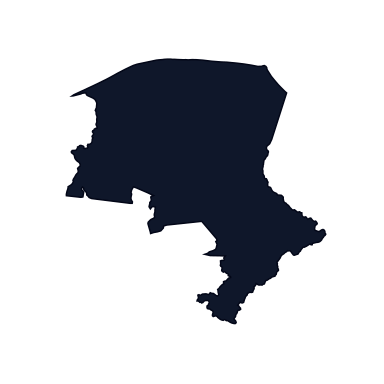 Linhares, Espírito Santo, Brazil (Albers equal-area conic projection), rotated 252°
{"feature_id": "56859067B26973485406883", "entity_name": "Linhares", "entity_type": "district", "adm_level": 2, "iso_a3": "BRA", "parent_name": "Brazil", "parent_adm1": "Espírito Santo", "projection": "albers", "projection_center": [-40.123, -19.341], "detail": "fine", "context": "isolated", "style": "filled", "palette": "ink", "viewbox_px": 384, "rotation_deg": 252, "n_neighbors": 0, "source": "geoboundaries", "source_scale": "gbopen_adm2", "svg_char_len": 5977}
<svg xmlns="http://www.w3.org/2000/svg" viewBox="0 0 384 384"><g transform="rotate(252 192 192)"><path d="M257.0,312.6L259.0,311.4L264.1,308.8L267.6,307.1L273.0,304.9L277.4,303.2L284.4,301.4L285.7,301.2L287.1,301.5L288.6,301.1L289.9,299.9L290.1,298.5L290.0,297.2L291.1,293.4L294.3,287.6L297.6,281.1L300.9,274.0L304.7,265.2L306.7,259.8L310.3,251.1L314.0,243.1L316.6,236.7L317.9,232.9L318.8,229.3L319.7,227.1L320.6,224.2L322.4,219.3L323.6,216.3L324.2,214.3L324.9,212.9L326.1,209.1L326.8,206.4L327.0,205.1L327.9,201.3L328.4,198.9L330.5,179.4L330.5,175.4L330.2,172.7L329.4,166.7L328.0,158.2L326.4,150.0L325.5,144.8L323.6,131.2L321.0,109.7L320.4,107.6L320.1,108.8L319.7,114.9L319.6,116.6L319.8,118.0L319.5,119.9L319.0,121.7L317.5,121.7L316.3,122.1L312.1,126.7L310.1,128.3L307.2,128.9L305.6,128.8L301.6,127.1L300.6,126.1L299.4,125.2L298.1,125.6L295.5,124.9L293.7,125.0L292.6,124.9L290.5,123.8L288.2,123.2L287.1,122.5L286.2,121.7L285.1,121.6L283.4,121.9L282.0,121.2L282.3,119.9L281.9,118.4L281.0,117.7L280.9,116.5L280.0,115.9L278.7,116.3L277.6,116.4L276.9,115.7L276.3,114.6L275.4,114.0L274.3,114.7L273.1,113.5L271.4,112.8L270.1,112.1L269.3,110.8L269.0,109.1L269.5,107.8L268.4,106.8L266.7,106.9L266.0,105.9L266.4,104.9L266.3,103.8L267.1,102.5L268.1,103.1L269.1,102.8L270.7,100.7L270.8,99.3L270.1,98.5L270.2,97.1L269.1,96.7L267.5,94.5L268.5,90.9L267.5,89.6L266.5,89.6L264.3,91.1L263.2,91.4L260.8,91.1L259.7,91.2L258.2,91.7L256.8,92.4L255.0,93.8L253.9,94.1L252.6,94.2L251.2,93.5L250.5,91.7L249.8,90.5L247.0,90.3L245.5,89.4L245.0,88.2L244.0,86.7L242.6,85.3L240.8,83.1L239.6,82.3L238.6,82.5L237.5,81.4L236.7,80.4L236.0,78.8L235.3,75.8L234.2,75.4L232.8,74.5L231.4,73.4L228.7,71.8L227.3,71.4L221.3,84.7L221.0,86.7L225.2,88.9L226.7,88.4L228.0,87.8L229.7,88.1L230.6,89.3L229.3,90.1L228.2,89.9L226.8,90.1L224.1,91.5L221.6,91.0L220.8,91.6L218.5,92.5L216.8,94.5L200.3,129.8L199.7,131.6L201.0,132.3L203.2,131.8L204.6,131.9L206.2,132.5L208.3,133.8L209.5,134.0L210.7,133.8L211.5,134.6L212.7,135.3L215.0,137.9L213.1,140.4L205.0,149.6L200.5,154.3L200.3,151.6L199.4,151.1L197.8,151.0L196.4,150.5L195.7,149.8L195.2,148.7L193.7,148.1L192.5,147.3L191.2,146.6L188.8,147.2L190.2,149.2L190.2,150.6L188.9,152.5L186.4,151.2L185.0,150.8L183.9,150.2L182.6,149.3L181.4,148.9L180.4,148.9L179.4,148.5L178.9,147.3L178.6,144.7L178.2,143.6L176.8,141.0L175.5,140.3L166.7,140.0L165.3,139.8L165.3,143.2L164.8,146.8L164.7,150.3L166.6,153.6L168.4,154.5L168.4,157.7L161.1,192.2L139.9,200.9L138.2,200.9L137.5,199.3L134.5,199.7L130.9,197.5L130.1,196.4L129.7,193.9L129.7,189.9L129.2,188.9L128.9,187.9L128.8,186.7L128.8,184.9L125.9,189.7L122.7,199.0L120.8,204.0L119.4,201.8L117.9,201.9L117.1,201.1L117.7,199.4L117.7,197.8L114.8,197.1L113.5,196.3L112.6,196.4L111.4,197.3L110.0,197.0L109.1,196.4L107.9,195.9L106.1,197.0L106.2,198.2L105.5,199.0L104.3,199.5L102.5,201.3L101.3,200.6L100.5,201.4L99.7,202.5L98.7,202.3L98.8,200.2L96.9,196.9L97.1,195.6L97.0,194.3L96.0,194.0L94.9,194.0L94.8,193.0L94.4,191.8L93.2,189.4L92.5,188.6L91.8,187.6L91.4,186.3L90.3,186.3L88.7,185.9L87.4,185.8L86.3,185.9L85.6,185.0L85.1,184.0L86.3,182.8L88.8,181.1L89.6,179.3L90.6,178.2L89.7,177.2L89.4,176.0L90.8,173.9L91.1,172.8L91.7,170.3L91.3,169.0L91.2,167.7L92.2,166.9L92.1,165.7L89.5,165.5L88.4,164.7L87.8,163.7L86.8,163.1L86.4,164.2L85.6,164.9L84.7,165.3L84.6,166.3L83.5,166.8L83.5,168.1L84.6,170.0L84.6,171.3L83.8,173.8L82.4,174.4L80.9,174.0L80.2,172.9L79.3,172.6L79.0,171.1L77.7,170.6L76.4,170.6L75.8,171.4L75.3,172.7L74.3,173.3L72.5,175.0L70.9,174.9L69.1,173.6L68.0,173.2L67.0,173.7L67.0,175.8L66.6,176.8L65.7,177.5L64.7,177.8L63.1,178.9L62.2,179.5L61.1,180.7L60.3,182.1L60.7,183.3L60.1,184.2L59.1,184.8L58.6,186.2L56.3,188.1L55.1,189.4L53.8,191.5L53.5,192.8L54.3,193.7L55.6,193.7L56.7,193.4L57.6,192.7L58.7,192.9L59.9,194.7L60.7,195.3L61.8,195.6L62.5,196.9L63.5,197.8L64.6,198.4L65.3,199.6L65.0,200.7L65.4,202.0L66.6,202.2L67.9,201.5L69.1,201.3L70.2,200.5L72.4,203.7L71.4,204.5L70.9,205.8L71.1,207.0L73.6,208.7L74.7,209.7L75.5,210.2L76.4,211.3L77.1,212.8L78.4,213.3L78.5,214.6L78.9,215.7L78.1,217.5L78.0,218.7L79.5,219.8L80.6,221.0L81.6,221.5L82.7,221.4L83.1,222.8L84.0,224.0L85.2,224.7L83.7,225.9L82.8,226.9L82.5,228.3L81.8,230.0L82.3,231.1L82.2,232.4L84.3,234.1L85.0,235.0L84.9,236.3L85.6,238.5L85.7,240.1L86.4,241.4L86.4,243.7L86.3,244.9L87.2,245.5L87.5,246.5L89.5,247.7L90.1,248.5L90.6,249.9L92.0,250.3L93.0,249.9L94.9,250.6L96.1,250.4L97.5,251.1L99.0,251.0L99.5,252.0L101.8,255.2L103.6,256.9L104.3,258.0L104.9,260.2L105.7,261.8L106.0,263.5L106.7,264.8L106.1,265.7L105.9,267.0L105.0,267.6L103.2,268.1L100.7,269.0L100.2,269.9L100.3,272.3L100.2,273.5L101.9,275.5L102.3,276.8L103.4,277.8L105.2,280.6L104.8,281.7L105.1,284.1L106.2,288.2L105.0,288.9L104.7,290.0L105.9,290.6L105.6,294.7L105.3,296.1L105.2,297.4L105.4,298.4L105.9,299.6L106.5,300.6L107.6,301.6L108.3,302.9L109.3,304.0L109.6,305.1L110.6,306.2L112.1,305.8L113.5,306.2L114.8,306.0L115.9,305.0L115.9,303.5L115.1,300.8L115.6,299.6L117.1,297.7L117.9,297.1L118.9,297.1L121.3,298.3L122.2,299.1L122.6,300.7L123.5,301.4L124.9,301.1L126.1,300.6L126.3,299.0L127.6,298.0L130.5,296.9L130.7,295.4L130.2,293.8L131.3,293.2L132.7,292.9L133.5,291.9L132.9,290.9L133.9,290.1L135.5,289.3L138.3,290.0L138.9,288.6L139.9,288.4L140.2,286.1L143.4,284.0L143.7,282.1L144.8,281.4L145.8,281.0L146.6,280.5L149.4,279.6L150.8,278.5L152.3,277.9L153.3,276.8L154.6,276.3L157.6,276.7L158.9,277.2L160.2,276.6L161.3,275.9L162.8,272.3L164.3,272.1L166.3,269.9L167.4,269.0L168.8,268.5L171.9,268.1L172.7,267.4L173.1,266.3L174.1,265.9L175.5,266.2L176.9,266.7L177.9,267.4L178.7,266.9L180.1,267.1L181.6,266.8L182.2,265.4L183.4,265.3L185.0,265.6L186.5,265.2L187.6,265.1L190.3,266.0L191.4,266.0L192.4,266.3L194.3,267.5L195.5,267.9L196.5,268.7L197.4,268.9L198.5,269.6L199.8,270.0L201.0,272.0L202.0,272.9L202.7,273.8L203.2,275.0L204.4,275.8L205.6,276.4L206.5,277.1L207.5,277.1L208.8,276.3L209.9,276.2L211.3,276.5L212.5,277.5L213.3,279.5L213.9,280.8L217.3,284.0L257.0,312.6Z" fill="#0f172a" stroke="#020617" stroke-width="1.5"/></g></svg>